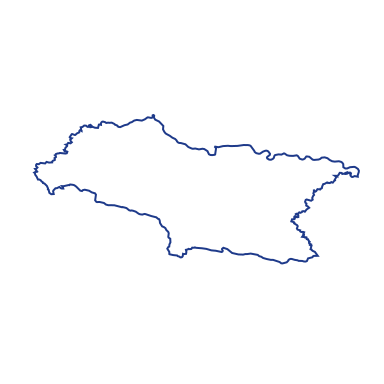 the district of El Bagre, Antioquia, Colombia, rotated 103°
{"feature_id": "7082276B39808247222267", "entity_name": "El Bagre", "entity_type": "district", "adm_level": 2, "iso_a3": "COL", "parent_name": "Colombia", "parent_adm1": "Antioquia", "projection": "equal_earth", "projection_center": [-74.693, 7.698], "detail": "fine", "context": "isolated", "style": "outline", "palette": "blue", "viewbox_px": 384, "rotation_deg": 103, "n_neighbors": 0, "source": "geoboundaries", "source_scale": "gbopen_adm2", "svg_char_len": 5982}
<svg xmlns="http://www.w3.org/2000/svg" viewBox="0 0 384 384"><g transform="rotate(103 192 192)"><path d="M225.8,328.6L225.1,326.3L222.5,327.5L221.7,327.4L219.1,325.9L218.6,324.4L216.9,322.4L217.8,320.7L217.9,319.6L217.6,318.2L216.4,318.8L215.5,319.9L215.3,318.6L213.0,313.8L212.9,313.0L212.1,312.5L211.8,309.6L211.9,308.1L212.8,306.0L215.8,301.2L215.8,299.4L214.7,298.7L213.9,297.0L213.9,292.6L214.9,289.6L215.1,286.2L216.2,285.0L221.9,284.5L223.1,283.0L223.2,282.3L222.5,279.8L222.5,275.3L223.6,273.0L223.7,270.6L222.4,264.8L222.6,256.7L222.3,256.4L222.3,254.0L222.4,252.2L223.9,249.2L224.0,247.6L223.6,246.9L223.5,245.4L223.8,242.4L225.2,239.0L225.4,237.6L225.2,235.4L224.1,233.4L224.0,232.5L224.6,226.2L224.7,221.1L225.8,219.0L225.9,217.9L227.2,217.0L229.4,216.2L232.2,213.4L232.5,211.5L233.2,209.8L234.8,208.5L236.2,206.2L237.4,205.4L241.1,205.0L241.7,204.5L242.4,202.7L245.9,201.7L248.2,202.2L250.3,201.9L251.1,202.8L252.8,203.3L255.4,200.7L257.6,200.1L257.7,199.7L257.7,196.2L257.2,192.2L257.7,191.5L257.8,189.7L258.3,188.7L258.2,188.0L257.7,187.1L256.8,186.6L254.3,186.8L254.4,186.1L253.6,183.9L251.6,184.0L249.7,184.9L249.0,183.3L248.2,182.7L248.2,181.3L247.6,179.8L246.2,179.3L245.8,177.3L245.3,176.7L245.5,175.7L244.6,169.7L244.2,165.3L244.5,160.0L243.9,155.6L243.8,149.7L243.3,149.0L242.4,148.8L241.2,149.8L240.6,149.9L239.3,148.9L239.7,144.7L242.4,139.2L242.4,132.8L241.5,128.1L240.5,126.1L240.0,124.1L238.8,121.0L238.5,113.8L239.4,112.1L239.5,109.9L240.3,107.9L240.5,104.1L240.4,100.0L239.9,97.7L240.5,90.9L241.4,89.0L241.2,87.7L239.2,83.9L237.2,82.7L236.3,82.6L235.1,81.2L234.8,79.7L235.0,76.7L234.8,73.7L235.1,72.7L234.4,69.1L234.5,67.2L234.2,65.6L233.4,64.5L230.6,64.0L228.5,60.0L227.4,59.6L226.8,58.8L225.9,55.1L222.7,58.8L222.2,61.2L221.7,62.2L221.2,62.5L221.1,63.6L217.4,63.5L217.5,64.1L217.2,65.0L216.2,64.5L215.8,66.2L214.2,66.2L214.3,66.8L213.3,67.1L212.8,67.8L212.0,68.2L212.1,69.6L210.8,70.1L210.9,71.0L210.5,70.9L210.9,74.6L209.7,74.1L210.2,73.4L210.0,73.2L208.4,73.3L208.5,74.0L208.0,74.2L206.0,73.7L205.9,74.9L206.4,76.6L206.1,77.6L205.5,78.2L205.0,78.1L204.9,80.7L204.0,81.6L201.5,81.3L200.7,82.1L199.6,85.4L198.9,85.3L198.5,85.8L198.3,88.6L196.1,88.4L195.7,86.6L195.1,85.9L194.1,85.9L193.9,87.3L193.5,86.2L193.2,86.7L192.6,86.5L192.5,85.8L192.9,83.8L192.5,82.8L190.7,83.2L190.0,84.9L190.5,85.6L190.2,85.9L189.7,85.4L189.2,83.7L187.7,82.9L187.9,81.7L186.9,80.4L186.0,80.2L185.5,78.7L185.8,77.6L183.2,76.4L181.0,74.3L180.0,75.9L179.5,77.7L177.5,77.9L177.0,79.0L176.1,79.6L174.1,79.4L173.5,78.6L173.7,74.0L172.3,72.7L170.8,73.5L168.6,73.1L167.4,72.4L165.9,73.5L164.9,73.2L163.0,73.6L162.9,73.3L163.6,72.7L163.9,71.9L163.2,71.2L161.0,70.4L160.7,67.7L159.9,67.6L159.6,66.8L159.0,66.3L157.3,66.4L154.8,65.9L154.3,64.7L152.3,62.5L152.7,61.5L152.3,60.9L152.3,59.7L151.0,58.5L151.3,57.5L151.2,56.9L149.4,56.1L148.5,55.3L148.1,55.7L145.5,54.9L144.6,55.1L144.1,56.4L143.8,55.1L144.1,54.0L143.6,54.2L143.4,53.7L142.1,53.0L140.1,52.4L139.8,51.0L140.0,49.9L140.6,49.6L140.1,48.4L139.9,46.3L139.2,44.9L138.3,44.6L138.2,45.7L137.7,45.0L138.5,42.7L138.1,42.3L137.7,42.8L137.5,42.5L138.0,41.3L140.3,41.3L141.3,39.9L141.2,38.8L139.9,37.1L139.8,33.9L138.4,34.3L135.0,34.0L133.7,34.2L132.2,35.5L131.1,38.3L131.0,39.6L132.3,43.6L134.2,46.2L134.6,47.9L133.8,50.1L130.8,50.9L129.6,52.2L129.1,53.5L129.0,55.8L130.3,59.8L130.5,62.4L129.8,65.1L128.6,67.6L128.4,70.5L129.4,73.4L131.0,74.6L131.9,76.0L133.3,80.3L133.3,81.8L131.3,85.6L131.5,88.1L131.8,88.7L134.0,89.6L135.0,90.6L135.6,91.9L135.3,94.6L133.2,96.8L132.7,98.2L134.1,101.7L134.8,105.4L134.8,107.7L133.7,110.4L133.7,111.1L135.4,113.2L135.9,116.2L137.3,119.3L138.1,119.8L140.5,120.0L141.7,120.8L142.8,122.3L143.1,124.1L142.4,126.2L141.7,126.7L140.9,126.6L138.3,124.5L137.2,124.6L135.5,126.6L135.0,127.6L135.0,129.1L135.6,130.3L136.7,131.9L139.3,134.3L139.7,135.4L139.7,138.1L138.9,139.9L137.9,140.6L134.0,145.1L133.6,146.2L133.7,148.1L134.6,152.2L136.8,157.9L138.5,164.3L138.9,167.4L140.3,172.1L142.4,176.3L142.6,179.6L143.0,179.7L144.0,178.4L150.2,177.9L150.6,178.2L151.4,180.3L151.8,182.3L151.4,184.0L148.7,186.1L147.4,189.7L147.5,191.5L148.9,194.8L148.9,198.6L149.7,200.9L149.7,202.0L149.0,205.7L147.0,209.1L146.8,213.8L147.1,215.6L146.8,216.9L146.0,218.1L145.3,218.5L144.1,220.4L143.5,223.3L142.2,226.3L141.2,230.0L140.8,231.0L139.5,232.6L137.5,234.3L134.1,234.8L130.7,240.0L129.8,244.1L128.0,245.9L126.2,246.0L125.7,246.6L125.7,247.1L126.2,247.6L128.1,247.2L128.6,247.6L129.0,248.5L129.1,251.1L129.3,252.1L131.8,254.3L133.7,256.9L134.2,262.0L135.4,264.4L137.5,266.4L138.3,267.9L140.7,269.9L142.1,272.8L144.9,276.5L145.1,277.8L144.8,279.2L144.3,279.4L143.9,280.3L143.8,282.1L143.2,282.8L142.5,285.8L143.2,288.2L143.3,289.3L144.0,291.1L143.5,292.4L143.4,294.6L143.8,295.4L144.7,296.0L145.8,296.2L147.0,295.8L147.0,297.1L147.3,297.9L150.7,298.0L151.2,301.0L150.9,303.4L151.8,305.8L151.5,306.5L150.9,306.6L149.8,305.3L149.4,306.1L150.3,307.4L151.4,307.5L152.0,307.9L152.0,308.6L151.2,310.2L151.5,312.0L153.3,313.4L154.0,315.0L155.3,314.3L156.3,314.2L157.0,313.4L157.4,313.3L157.0,314.6L157.1,315.2L158.0,315.5L159.3,315.3L160.8,317.3L162.6,318.5L162.8,319.1L162.5,321.7L162.7,322.2L166.1,323.5L166.7,322.8L166.7,321.2L168.5,322.4L169.6,321.7L170.6,320.3L171.9,321.3L172.0,323.7L173.6,324.3L174.2,325.5L174.7,324.1L175.3,324.0L177.5,325.3L179.4,325.3L179.8,326.3L180.9,325.3L180.6,323.4L180.8,322.5L182.4,322.7L183.0,323.9L183.7,329.6L184.3,330.3L184.7,331.7L185.7,333.2L186.5,333.2L187.0,333.8L187.6,332.8L188.5,332.4L189.9,333.6L190.8,333.0L191.7,332.9L192.8,334.5L193.8,335.1L194.6,334.9L195.5,337.9L195.4,340.5L197.2,341.5L197.7,346.1L199.3,347.5L199.7,349.6L200.7,350.0L201.9,349.7L202.9,348.1L204.3,348.9L204.8,350.1L207.0,347.4L207.3,347.7L207.4,348.8L208.6,350.1L209.0,349.3L210.5,348.6L211.9,346.9L214.5,344.9L214.2,343.6L214.6,342.1L215.6,340.9L216.0,339.6L216.8,339.2L216.9,337.7L218.7,334.8L220.9,333.1L221.9,333.0L222.1,332.2L224.9,330.8L225.8,328.6Z" fill="none" stroke="#1e3a8a" stroke-width="2"/></g></svg>